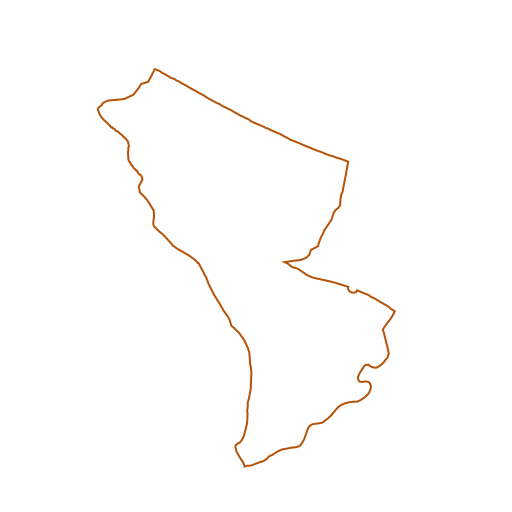 outline of Tivaoune, Thiès, Senegal, rotated 78°
{"feature_id": "50182788B62483410284412", "entity_name": "Tivaoune", "entity_type": "district", "adm_level": 2, "iso_a3": "SEN", "parent_name": "Senegal", "parent_adm1": "Thiès", "projection": "albers", "projection_center": [-16.699, 15.086], "detail": "fine", "context": "isolated", "style": "outline", "palette": "amber", "viewbox_px": 512, "rotation_deg": 78, "n_neighbors": 0, "source": "geoboundaries", "source_scale": "gbopen_adm2", "svg_char_len": 5991}
<svg xmlns="http://www.w3.org/2000/svg" viewBox="0 0 512 512"><g transform="rotate(78 256 256)"><path d="M368.2,284.6L369.1,284.7L373.2,285.8L377.7,287.0L384.8,288.8L386.9,289.6L391.9,291.7L395.6,293.4L397.0,294.3L402.5,295.7L405.2,296.7L408.0,297.0L414.3,298.5L417.9,299.6L421.8,301.4L426.9,304.0L429.5,305.3L432.5,307.6L435.2,310.7L435.7,313.2L437.1,315.4L439.2,315.9L443.3,315.8L448.7,314.0L452.9,312.5L455.2,311.5L459.0,310.9L459.6,310.9L459.3,309.1L459.6,306.4L459.9,305.1L459.9,304.0L459.4,301.2L458.4,294.8L458.4,293.3L458.1,291.2L457.4,289.3L456.7,287.6L455.5,285.9L454.5,284.3L454.0,281.6L452.3,277.2L451.2,273.5L450.7,270.2L450.8,266.0L450.8,262.1L451.4,256.0L450.9,252.9L449.7,251.2L447.5,249.0L445.0,246.8L443.3,245.8L438.8,243.0L436.4,241.6L435.4,240.8L434.4,240.1L433.2,238.3L432.5,236.8L432.3,235.0L432.5,232.5L432.7,229.7L432.8,228.2L432.7,225.4L432.0,223.8L431.2,222.9L430.2,220.0L429.5,218.9L428.6,217.5L427.4,215.4L426.1,213.8L423.9,211.1L422.2,208.8L420.7,206.7L419.6,204.1L419.1,202.0L418.7,199.7L418.4,197.2L418.5,194.1L418.7,192.4L419.1,189.4L419.5,187.2L418.9,184.6L418.2,182.3L416.7,178.8L415.2,176.4L413.4,173.9L409.5,171.3L407.2,170.6L404.6,170.9L402.8,171.8L401.6,174.3L401.1,178.8L400.6,180.5L399.7,181.3L398.1,181.7L395.5,181.4L394.3,180.5L392.5,179.2L390.6,177.5L388.4,175.2L386.9,173.8L385.4,171.8L385.6,168.6L387.6,167.2L389.3,164.7L390.3,161.6L389.7,159.2L388.8,156.9L386.5,153.2L384.5,150.9L382.8,148.7L379.0,146.4L372.1,146.4L363.0,146.7L359.3,146.8L354.3,147.2L351.7,144.6L348.7,141.3L347.2,139.4L345.1,137.1L342.6,134.7L340.8,133.1L338.9,131.8L338.4,132.1L338.0,132.7L336.6,134.1L336.1,134.7L334.3,136.1L332.5,137.5L326.7,144.1L324.5,146.4L322.1,148.9L320.5,151.3L318.9,152.9L317.0,154.7L316.1,156.4L314.7,158.2L313.0,160.8L312.0,162.3L310.6,164.5L312.1,165.6L312.3,167.9L311.9,169.0L311.6,169.9L310.2,171.7L307.7,172.8L305.4,172.1L304.4,174.0L302.1,177.8L299.4,182.8L296.6,188.1L293.5,194.9L291.2,200.0L289.4,203.9L287.5,207.1L284.6,210.7L282.0,213.0L279.4,215.6L277.1,217.8L275.6,220.5L274.3,223.0L270.1,226.5L267.9,229.3L268.6,218.8L269.1,215.5L269.0,211.4L268.0,207.0L266.4,204.2L265.9,203.5L263.0,202.0L261.4,200.7L261.0,199.3L259.2,193.1L256.9,192.2L252.0,189.1L247.9,185.8L245.4,184.0L244.5,183.3L236.7,175.1L234.8,173.8L231.8,172.2L229.5,170.6L227.5,168.5L226.2,165.7L223.8,163.1L218.0,161.6L213.0,159.5L211.5,158.1L204.3,155.1L197.2,152.1L190.0,149.1L182.9,146.2L180.1,150.5L177.7,154.6L176.0,157.8L174.4,160.0L173.3,162.3L171.9,164.7L169.4,168.4L167.9,170.5L166.2,173.4L164.4,176.3L162.8,178.6L161.7,180.1L159.7,183.2L158.8,184.3L156.9,187.2L154.7,190.1L153.0,192.7L151.7,194.6L149.7,197.8L147.6,200.2L145.7,202.4L143.8,204.7L141.7,207.0L140.7,208.5L138.1,212.3L136.2,214.9L135.7,215.7L134.7,216.6L132.2,220.6L131.4,221.3L129.7,223.8L128.4,225.4L127.1,227.6L126.4,228.4L125.4,230.0L124.3,231.4L123.2,232.8L121.1,234.5L119.7,236.2L118.2,238.5L117.3,239.4L115.2,242.2L112.1,245.7L110.8,247.3L108.0,250.3L106.3,252.6L103.9,255.5L102.5,257.5L100.1,259.8L99.8,260.2L99.0,261.1L98.5,262.2L97.7,263.1L97.0,263.8L96.3,264.8L95.5,265.8L94.7,266.5L94.1,267.3L93.2,268.4L92.8,269.1L91.9,269.9L91.0,270.8L90.2,271.7L89.1,272.6L88.3,273.5L87.7,274.3L87.0,275.1L86.3,275.7L85.4,276.9L84.7,277.7L83.9,278.6L83.4,279.2L82.8,279.9L81.8,280.9L81.1,281.7L80.4,282.7L80.2,282.9L79.8,283.3L79.4,284.0L78.6,284.7L77.9,285.5L77.1,286.4L76.5,287.2L75.7,288.0L74.8,288.8L74.2,289.6L73.6,290.5L73.0,291.1L72.5,291.8L72.0,292.3L71.3,293.0L70.6,293.8L70.0,294.5L69.4,295.1L68.6,295.8L68.3,296.5L67.9,297.1L67.5,297.7L66.8,298.2L66.2,298.6L65.6,299.3L65.3,300.0L65.0,300.8L64.3,301.7L64.0,302.2L63.5,302.8L62.7,303.5L62.3,304.1L61.5,304.8L61.0,305.4L60.6,305.8L60.2,306.5L59.5,306.9L58.8,307.7L58.5,308.2L58.1,308.8L57.8,309.2L57.6,309.6L57.2,310.0L56.4,310.6L55.6,311.2L54.9,312.0L54.4,312.7L53.8,313.7L53.3,314.3L52.9,314.8L52.5,315.5L52.1,316.0L55.9,319.2L60.6,323.0L63.1,325.2L63.6,329.1L63.7,329.4L63.8,332.6L65.9,334.3L69.3,338.2L72.7,342.3L75.0,352.2L74.8,355.0L74.3,359.6L73.8,363.1L73.5,365.9L73.2,368.2L73.5,370.3L73.8,371.2L74.2,372.5L74.5,373.7L75.0,374.6L76.3,375.3L77.8,378.5L78.5,379.6L79.8,380.2L82.1,379.9L83.5,379.8L85.3,379.3L86.2,379.0L87.7,378.7L88.8,378.0L90.4,377.1L92.5,375.7L94.9,373.8L99.4,371.1L99.7,371.1L100.2,370.9L100.4,369.7L100.9,369.4L101.7,369.2L102.0,368.9L102.6,367.8L103.7,367.3L104.6,366.9L105.3,365.6L106.2,364.7L107.2,364.0L108.4,363.2L109.4,362.3L110.8,361.4L112.0,360.6L113.0,359.8L114.2,359.0L115.1,358.6L116.1,358.0L117.0,357.6L118.2,357.4L120.0,357.4L121.5,357.5L123.0,357.8L123.8,358.4L124.9,358.7L126.4,358.9L127.5,359.6L128.7,359.9L130.3,359.9L131.8,360.3L133.1,360.4L134.5,360.7L135.4,360.7L136.9,360.5L138.0,359.7L139.1,359.6L140.3,359.3L141.6,358.8L142.3,358.3L143.0,357.8L144.3,357.6L145.0,356.8L145.8,356.2L147.0,355.8L147.6,355.3L148.1,354.2L149.3,354.5L149.9,354.2L150.6,353.9L151.1,353.6L152.1,352.9L152.5,352.4L153.1,351.8L154.1,351.5L155.3,351.1L156.1,351.2L157.4,351.1L158.0,351.5L158.5,351.9L159.1,352.5L160.1,353.2L160.9,353.9L161.6,354.4L162.4,355.3L163.2,355.7L163.7,356.1L164.6,356.4L165.3,356.3L166.1,356.2L166.8,356.3L167.3,356.2L168.6,356.2L169.6,356.4L172.9,354.1L177.3,351.5L180.6,350.1L184.4,348.7L188.1,347.4L190.3,346.6L191.7,346.8L193.4,347.0L195.7,347.4L199.2,348.6L201.8,349.5L204.4,349.9L206.2,349.3L208.2,348.0L209.8,347.0L213.1,344.7L214.6,343.3L215.3,342.8L216.8,341.8L218.9,340.5L222.7,338.3L225.9,336.4L228.5,335.2L231.1,332.8L232.8,331.2L234.9,328.8L236.6,326.9L241.5,321.5L246.3,317.1L249.3,315.0L250.8,314.5L250.9,313.8L251.2,313.6L255.7,312.3L261.2,310.8L268.4,308.8L273.5,308.2L280.0,306.5L285.5,305.0L291.5,302.8L295.8,301.2L302.9,299.0L304.1,298.5L309.4,296.1L313.1,295.1L317.0,294.8L319.4,294.5L320.7,293.3L323.9,291.1L326.8,289.1L328.2,288.3L328.9,288.0L330.7,287.3L332.7,286.3L335.5,285.2L338.5,284.4L340.8,283.9L343.5,283.3L346.0,282.9L349.0,282.6L352.5,283.1L356.0,283.5L360.1,284.3L363.7,284.2L365.9,284.4L368.2,284.6Z" fill="none" stroke="#b45309" stroke-width="2"/></g></svg>